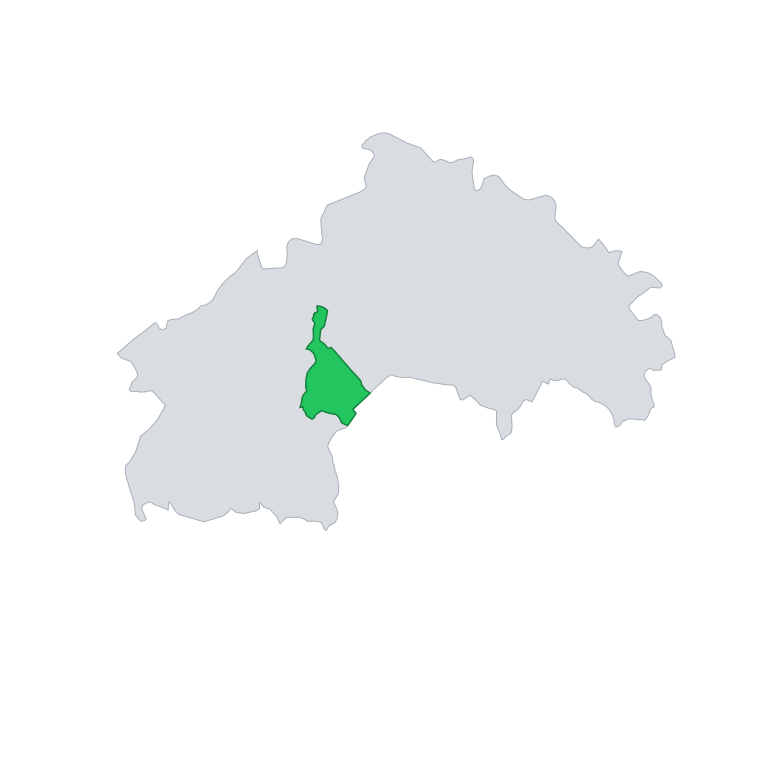 Mamou on a map of Guinea (Mercator projection), rotated 317°
{"feature_id": "GIN-5653", "entity_name": "Mamou", "entity_type": "Prefecture", "adm_level": 1, "iso_a3": "GIN", "parent_name": "Guinea", "parent_adm1": "", "projection": "mercator", "projection_center": [-11.878, 10.604], "detail": "fine", "context": "in_parent", "style": "filled", "palette": "green", "viewbox_px": 768, "rotation_deg": 317, "n_neighbors": 0, "source": "natural_earth", "source_scale": "10m", "svg_char_len": 5201}
<svg xmlns="http://www.w3.org/2000/svg" viewBox="0 0 768 768"><g transform="rotate(317 384 384)"><path d="M463.8,493.8L458.1,493.1L455.6,494.2L448.1,503.0L443.6,506.5L436.6,505.4L434.1,506.0L432.2,505.0L434.8,500.1L438.4,490.5L447.6,480.8L447.8,478.8L444.0,473.1L440.1,465.3L440.0,457.0L439.3,451.0L431.1,449.4L429.6,448.3L429.4,446.3L434.0,436.0L434.4,433.9L433.8,432.0L428.8,426.7L421.0,416.9L407.5,396.7L402.5,392.5L397.7,386.3L395.8,382.4L390.8,381.0L343.8,381.3L343.0,386.5L326.8,390.1L316.8,386.0L305.8,388.4L300.3,391.0L296.2,402.8L293.8,405.3L291.4,410.6L289.3,413.5L286.9,419.3L281.6,427.6L276.0,432.9L266.6,435.8L263.7,444.5L261.5,447.7L257.9,450.3L254.0,451.9L246.3,450.2L242.0,451.8L241.3,449.6L243.7,442.7L241.8,439.1L234.4,432.0L233.7,428.5L231.4,424.1L221.7,414.9L212.6,415.4L215.2,407.7L215.1,397.5L212.0,391.9L212.8,386.1L211.1,386.5L208.1,390.4L203.2,389.2L193.2,383.1L188.3,377.2L187.7,372.1L186.6,370.2L183.5,371.2L177.3,371.1L158.4,362.1L145.0,339.5L144.7,334.5L146.6,325.7L146.2,323.3L140.0,329.1L138.8,325.2L134.1,316.1L132.7,310.9L128.2,308.6L124.6,308.2L121.7,309.9L118.0,320.5L115.3,320.5L112.4,318.2L113.0,310.3L120.3,300.4L132.5,275.3L136.8,269.6L139.6,267.6L145.3,267.3L156.6,264.0L170.3,256.2L180.9,256.8L193.3,255.8L209.6,250.5L209.8,233.6L209.2,229.8L203.4,226.5L200.1,223.5L197.2,219.8L193.7,217.1L193.8,214.4L201.0,210.8L207.6,210.8L209.8,209.4L211.4,207.0L213.3,200.9L214.0,194.5L209.6,185.9L209.9,179.7L233.7,180.6L246.8,182.3L257.5,182.8L259.2,184.2L257.7,190.1L259.1,193.6L262.7,194.6L268.7,190.4L271.8,191.4L278.5,196.5L284.7,197.9L291.5,200.7L297.9,202.2L303.6,202.0L307.9,204.9L315.8,205.8L326.1,202.2L334.2,200.6L345.5,200.2L351.4,201.4L368.7,198.4L382.3,200.1L380.2,202.1L374.0,215.6L374.7,218.0L388.5,229.4L391.8,230.3L395.5,228.7L401.5,223.4L406.1,217.7L410.7,214.9L415.9,215.1L420.1,219.1L429.9,236.1L432.4,238.2L434.8,238.2L439.1,235.0L441.2,231.3L450.4,220.1L464.4,214.5L497.9,227.4L502.8,228.3L505.7,227.4L509.9,219.8L522.5,213.3L528.5,211.5L532.0,211.3L533.3,209.3L533.9,206.2L533.3,203.0L529.4,197.2L529.2,195.5L531.5,194.4L536.3,193.6L542.5,194.2L549.5,196.6L555.2,200.2L558.5,204.5L564.7,222.4L571.8,236.4L571.5,255.2L574.6,257.1L578.0,257.9L579.6,259.4L583.1,267.1L586.3,269.3L590.2,269.9L597.4,274.8L602.0,276.8L602.7,278.2L602.5,280.3L600.7,282.9L593.7,288.1L590.3,292.5L583.1,303.1L582.9,305.1L584.5,306.5L587.4,306.8L590.5,306.0L597.1,302.1L602.3,303.5L607.2,306.5L609.0,309.6L609.5,313.6L608.4,318.8L608.2,324.6L609.8,334.5L612.4,344.3L615.0,347.9L631.5,356.6L633.1,359.9L634.0,363.5L632.8,368.6L631.1,371.4L622.0,379.1L620.6,382.7L621.3,389.6L622.0,418.4L625.5,423.3L629.8,425.8L639.7,424.4L639.4,432.4L638.1,441.4L643.9,444.1L646.8,446.9L648.4,449.4L639.3,454.2L636.6,457.0L635.4,464.4L635.7,471.4L648.0,476.3L652.7,482.1L654.8,488.1L655.6,499.4L654.5,502.0L651.3,502.0L645.1,495.1L635.5,494.4L628.5,493.1L616.6,494.0L614.6,496.0L613.2,511.1L616.1,513.6L621.7,516.5L625.4,517.7L628.5,517.3L630.8,519.2L631.3,524.1L629.7,527.8L626.6,531.1L622.7,539.8L623.6,547.8L616.9,560.4L615.0,562.9L606.2,560.4L600.4,559.6L596.2,562.8L590.5,557.9L589.4,554.0L587.3,553.2L583.5,553.1L579.9,555.3L578.3,559.3L577.5,567.5L571.1,575.2L566.5,584.8L561.3,583.9L560.1,585.1L554.5,587.6L549.7,588.3L548.4,585.7L545.6,583.6L542.5,579.5L539.0,576.2L532.2,573.9L529.5,575.0L526.3,574.7L524.2,573.4L524.5,571.4L528.1,566.4L530.1,561.8L531.2,556.8L531.2,552.0L529.3,545.2L526.2,539.9L525.5,536.8L525.8,532.4L525.1,528.2L524.1,526.1L522.7,518.3L520.9,516.8L519.9,510.6L520.2,504.2L517.6,501.8L513.4,500.0L511.0,497.5L509.5,494.7L508.0,493.9L506.7,494.1L505.5,495.8L504.2,496.2L501.8,490.2L500.8,489.9L499.1,491.3L479.9,498.0L477.5,492.3L473.8,491.3L467.5,493.6L463.8,493.8Z" fill="#d9dde1" stroke="#a8b0b8" stroke-width="1"/><path d="M367.7,381.2L343.9,381.3L343.6,385.9L343.1,386.6L329.2,389.6L327.6,386.4L326.7,383.5L326.7,382.8L326.9,382.1L328.0,379.6L328.2,378.8L328.3,377.7L328.3,375.2L328.2,374.0L328.0,373.3L323.6,367.5L320.4,361.4L319.9,360.6L319.6,360.4L319.3,360.4L319.1,360.4L318.3,360.6L317.8,360.6L316.7,360.5L314.7,360.0L314.0,360.0L313.2,360.0L312.4,360.1L310.3,360.9L309.6,361.0L308.9,361.0L308.2,360.9L307.6,360.7L307.3,360.4L307.1,360.0L305.9,355.2L305.9,354.2L306.1,353.4L306.8,351.9L307.3,350.4L307.4,349.6L307.3,348.3L307.5,347.8L307.7,347.4L309.1,345.9L307.8,344.6L306.7,343.9L310.8,341.5L314.3,338.5L317.0,337.2L322.8,336.3L324.5,333.1L329.8,327.7L335.2,323.7L341.1,322.3L347.6,321.9L350.4,320.5L352.0,317.1L353.5,313.5L353.1,308.1L351.1,305.6L353.1,304.7L356.4,304.1L359.6,303.9L362.1,303.5L363.3,302.6L365.4,300.5L365.6,300.2L368.8,296.7L369.3,295.7L373.9,293.1L374.7,292.4L375.1,291.5L375.3,288.9L375.6,288.0L376.1,287.4L377.0,287.1L377.7,287.1L378.1,286.9L378.8,286.6L379.2,286.1L379.5,285.5L380.0,285.1L380.8,285.6L381.7,284.8L382.6,285.1L383.6,285.6L384.8,285.6L385.6,284.8L386.9,282.5L388.4,281.3L391.0,284.6L392.6,288.6L392.6,291.9L388.0,295.3L379.8,301.0L374.9,301.0L368.1,306.8L367.5,307.3L367.2,307.6L366.6,308.4L367.6,313.4L367.6,315.8L367.3,318.9L367.1,319.3L367.9,320.1L370.2,321.1L370.3,325.6L369.3,352.9L369.3,362.6L368.9,366.6L367.2,369.0L366.3,375.6L367.7,381.2Z" fill="#22c55e" stroke="#15803d" stroke-width="1.5"/></g></svg>